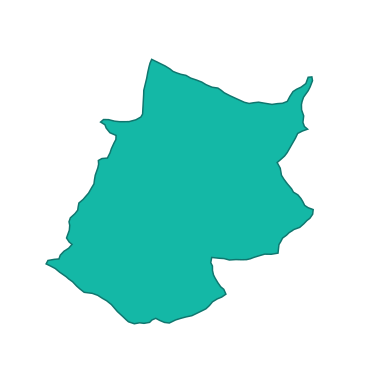 Platina, São Paulo, Brazil (Robinson projection), rotated 105°
{"feature_id": "56859067B47718729425481", "entity_name": "Platina", "entity_type": "district", "adm_level": 2, "iso_a3": "BRA", "parent_name": "Brazil", "parent_adm1": "São Paulo", "projection": "robinson", "projection_center": [-50.219, -22.62], "detail": "fine", "context": "isolated", "style": "filled", "palette": "teal", "viewbox_px": 384, "rotation_deg": 105, "n_neighbors": 0, "source": "geoboundaries", "source_scale": "gbopen_adm2", "svg_char_len": 2392}
<svg xmlns="http://www.w3.org/2000/svg" viewBox="0 0 384 384"><g transform="rotate(105 192 192)"><path d="M74.3,265.3L78.4,265.9L82.1,265.9L87.6,265.7L93.9,265.2L106.3,264.9L110.0,264.0L129.5,259.9L132.8,260.8L136.8,264.9L140.3,271.0L141.7,275.9L142.8,280.0L143.6,285.0L143.7,291.4L144.9,296.2L148.1,298.4L149.6,293.5L152.5,291.4L156.0,286.6L157.0,280.0L161.0,279.1L164.8,280.0L171.2,281.1L175.3,281.3L181.1,282.5L183.0,287.7L185.8,290.6L189.3,289.4L193.0,289.2L196.8,289.5L200.8,289.8L205.2,289.4L209.5,288.8L214.4,290.2L219.8,291.6L223.9,293.6L227.3,295.2L231.9,298.4L235.8,298.1L239.1,297.7L243.3,299.5L248.4,302.8L252.6,303.1L255.8,301.5L260.7,300.6L268.9,301.3L272.1,297.7L273.6,294.3L278.3,296.6L282.3,300.3L287.1,302.9L291.1,303.2L292.7,307.6L295.4,313.4L299.2,314.3L300.1,309.6L301.3,304.3L303.7,299.1L306.4,291.6L308.0,288.4L309.6,284.1L312.7,279.1L314.7,275.1L316.8,270.2L315.7,262.1L316.2,256.3L317.9,251.0L319.1,246.4L321.6,240.7L326.8,233.1L330.3,226.4L332.2,223.0L333.8,219.8L334.2,213.6L331.9,208.8L331.3,204.4L328.9,199.2L325.9,197.5L323.4,194.3L324.4,189.9L325.1,184.8L324.4,180.0L319.8,174.7L316.9,170.1L314.3,165.6L311.5,160.1L308.4,156.5L304.4,151.9L301.2,148.3L297.2,145.8L292.8,143.8L288.6,139.8L285.8,136.1L281.9,132.8L277.8,136.1L276.1,139.8L272.9,143.6L269.1,147.5L266.5,149.8L262.5,151.9L258.2,153.1L255.4,155.6L250.1,156.0L248.9,148.3L248.0,143.8L248.0,138.3L245.9,132.1L244.5,126.2L243.2,121.8L241.4,118.4L239.2,115.4L236.5,111.1L233.2,105.7L231.6,99.3L228.8,93.1L220.3,94.4L216.8,93.4L213.1,92.6L209.2,89.5L206.3,87.8L201.8,83.8L198.3,78.8L193.8,75.8L189.8,73.6L186.8,71.3L182.2,69.7L177.6,70.4L177.1,75.8L175.8,79.7L172.6,82.5L170.1,85.1L167.4,88.9L165.9,94.0L163.1,96.7L159.3,102.2L155.9,106.5L152.7,109.9L146.2,112.9L141.5,117.4L137.9,114.9L133.3,111.9L129.4,110.3L113.1,106.0L108.1,105.1L104.5,101.1L101.4,96.6L99.6,100.4L96.0,102.9L89.6,103.8L84.3,107.4L79.3,108.9L76.1,109.1L71.6,108.8L64.1,106.0L59.9,105.1L53.3,104.4L49.8,106.0L51.1,109.5L57.8,110.1L62.4,113.7L65.7,117.6L68.8,120.4L74.4,122.2L79.8,123.4L82.9,127.6L84.5,132.3L86.7,137.4L87.5,145.4L88.0,150.9L89.7,155.3L91.7,159.7L91.8,164.6L90.4,173.1L89.2,180.2L87.8,186.6L86.3,189.9L84.9,193.9L85.6,199.8L84.7,206.2L83.3,211.0L82.7,216.5L82.3,222.8L80.9,228.0L81.2,233.3L80.9,237.9L80.4,241.7L78.9,245.0L77.2,250.6L76.2,255.7L74.3,265.3Z" fill="#14b8a6" stroke="#0f766e" stroke-width="1.5"/></g></svg>